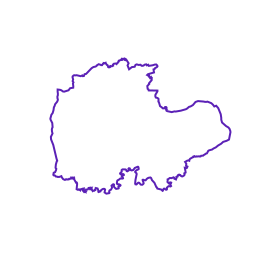 Can Loc, Ha Tinh, Vietnam, rotated 60°
{"feature_id": "81297802B44635779635670", "entity_name": "Can Loc", "entity_type": "district", "adm_level": 2, "iso_a3": "VNM", "parent_name": "Vietnam", "parent_adm1": "Ha Tinh", "projection": "robinson", "projection_center": [105.744, 18.444], "detail": "fine", "context": "isolated", "style": "outline", "palette": "violet", "viewbox_px": 256, "rotation_deg": 60, "n_neighbors": 0, "source": "geoboundaries", "source_scale": "gbopen_adm2", "svg_char_len": 5851}
<svg xmlns="http://www.w3.org/2000/svg" viewBox="0 0 256 256"><g transform="rotate(60 128 128)"><path d="M188.5,46.3L182.9,41.4L181.8,40.9L179.4,40.5L177.7,40.8L175.4,42.1L170.3,43.8L167.5,43.1L165.7,42.1L162.4,40.8L155.9,39.9L152.8,40.5L152.5,42.5L150.2,42.8L148.2,43.4L144.9,46.0L144.6,47.0L143.9,48.2L142.9,49.3L139.7,53.9L139.2,56.5L140.6,60.3L140.6,63.1L140.2,64.6L140.7,67.1L140.7,68.4L139.4,73.6L137.6,78.5L136.9,79.4L136.1,82.2L133.1,85.5L132.4,86.0L131.6,85.9L131.2,85.4L130.7,85.6L130.8,85.1L130.3,85.2L129.5,84.4L128.8,84.6L128.4,85.4L128.7,85.8L128.9,87.2L128.3,88.1L127.0,88.4L125.1,89.3L120.9,88.3L120.4,88.5L119.7,88.1L119.2,87.6L117.8,87.0L116.7,87.5L115.5,88.7L114.0,88.4L112.9,87.6L111.0,84.2L110.3,83.8L105.8,91.3L104.8,91.0L103.9,91.4L101.3,90.3L100.5,87.6L99.8,87.5L98.4,83.6L96.8,82.6L96.7,83.3L96.5,83.5L96.3,82.8L95.4,82.6L95.5,83.7L94.7,83.7L94.4,84.1L93.4,84.2L93.2,83.5L92.7,83.4L92.5,83.7L92.8,84.2L91.7,84.9L91.4,83.8L92.9,77.7L90.0,76.6L90.2,75.4L89.7,74.8L89.7,72.6L89.4,71.7L88.5,71.4L87.1,71.8L86.5,73.0L86.0,75.3L84.6,78.9L83.3,78.9L83.2,80.3L82.0,80.4L81.5,81.9L81.7,83.4L81.2,84.8L80.7,85.2L79.5,85.5L78.7,87.3L77.3,88.6L77.1,89.9L78.3,91.6L77.2,94.2L77.7,97.7L73.6,97.1L72.2,95.1L68.3,95.3L68.1,96.2L67.3,96.9L66.8,96.7L66.9,96.1L66.8,95.8L66.0,96.3L65.8,97.7L64.9,98.7L65.1,99.1L65.7,98.8L66.1,99.0L65.3,100.9L65.4,101.7L65.1,102.3L65.4,102.8L65.9,103.0L66.1,103.9L66.5,104.4L66.5,105.2L66.9,105.9L66.1,106.2L65.3,108.1L65.6,109.4L66.6,109.7L66.5,111.1L65.5,112.2L65.5,113.3L66.2,112.8L66.3,113.1L66.0,114.2L65.5,114.6L65.1,114.2L64.6,114.5L63.3,114.3L62.7,114.8L61.3,114.8L61.0,115.1L60.3,114.8L60.0,116.2L59.6,116.6L60.1,117.0L59.9,117.7L60.6,119.0L60.1,119.9L59.6,120.1L58.1,121.5L58.2,123.8L58.5,124.1L58.6,125.3L57.9,127.5L58.0,129.6L60.2,137.2L59.7,138.7L60.9,140.2L60.5,141.2L59.6,141.3L59.5,143.0L56.6,146.1L56.0,147.5L55.4,148.2L55.3,148.8L55.6,150.1L56.2,150.6L58.6,151.3L59.7,152.5L61.2,152.4L61.9,153.4L64.5,154.5L65.7,155.3L64.6,158.2L65.6,160.7L64.6,165.1L63.8,166.1L62.1,166.8L61.0,167.7L59.5,169.7L61.4,170.8L63.1,171.5L64.6,172.4L65.3,173.3L66.9,174.2L68.1,174.4L68.9,175.0L69.8,176.2L71.0,179.3L72.2,180.5L73.0,181.8L75.3,183.6L77.4,185.8L78.2,187.7L81.0,190.5L82.0,190.9L85.8,191.1L89.6,192.9L90.3,193.9L91.2,194.7L93.1,195.6L95.0,196.1L97.1,199.2L99.3,200.3L105.3,201.2L118.7,205.2L121.0,205.7L121.2,206.3L123.4,208.6L126.0,210.5L126.5,210.7L127.5,210.5L128.5,211.4L129.8,213.2L129.6,214.7L131.2,216.1L131.9,216.0L132.5,215.1L134.0,214.7L134.5,213.9L135.2,213.4L136.0,212.0L136.4,209.8L137.7,210.0L139.9,209.7L141.4,208.6L141.6,207.6L141.4,207.2L142.3,206.3L142.4,205.7L142.9,205.1L142.6,204.5L143.0,203.9L142.9,203.4L143.1,203.1L143.0,202.3L142.5,202.0L143.1,201.2L143.2,200.8L143.6,200.8L143.7,200.4L144.0,200.8L144.2,200.1L144.4,200.3L144.6,200.0L144.9,200.3L145.1,200.0L145.6,200.3L149.3,200.3L149.3,199.8L149.7,199.6L151.0,200.0L155.3,203.1L156.3,202.5L156.5,201.3L157.1,201.3L157.4,200.8L158.1,200.5L157.4,199.8L157.7,198.6L158.3,198.0L157.9,197.6L158.3,196.5L159.6,197.6L159.3,198.2L159.5,198.4L161.6,198.0L161.6,197.4L162.2,196.9L161.8,196.8L161.8,196.3L161.3,196.5L160.5,196.0L160.6,195.6L160.3,195.0L160.8,194.6L161.1,193.8L160.7,192.7L161.1,192.1L160.3,191.9L160.7,190.9L160.8,190.4L161.2,190.2L161.5,189.5L162.0,190.3L162.1,189.7L162.8,189.9L163.1,190.5L163.7,190.1L164.9,190.1L164.8,189.6L165.4,188.9L165.1,188.2L165.4,187.5L164.8,187.3L164.6,186.6L164.0,186.1L164.5,185.8L164.4,185.3L165.2,184.6L167.2,184.9L168.4,185.6L168.8,185.5L168.9,185.1L168.4,184.4L169.1,183.6L168.4,182.4L168.2,180.6L168.5,179.5L169.0,178.8L169.8,178.6L172.1,180.5L174.0,179.6L175.0,176.9L174.8,176.4L173.8,176.2L173.0,175.5L172.8,175.0L172.9,173.6L172.0,172.1L171.4,171.5L169.7,171.1L169.3,169.4L169.4,168.8L170.0,168.4L171.3,169.3L172.1,169.5L174.2,169.0L174.8,168.7L175.6,166.5L175.4,166.0L173.8,165.5L173.8,165.0L174.2,163.7L174.0,163.2L173.6,163.1L172.4,163.8L171.2,165.3L170.7,165.4L170.2,165.2L168.4,163.8L168.1,163.2L168.2,161.9L167.9,159.8L169.0,158.2L169.1,157.5L168.2,157.2L167.2,157.5L166.5,157.5L166.3,156.8L166.7,155.2L166.2,154.9L165.4,155.3L164.4,157.4L163.6,157.7L163.2,157.3L162.7,155.3L161.3,154.6L161.1,154.0L161.2,153.2L162.7,150.8L163.3,150.6L164.7,150.7L165.2,150.2L165.1,148.6L163.5,148.0L163.3,147.3L163.8,146.7L165.8,146.7L166.6,146.0L167.0,144.4L166.0,142.1L166.4,139.0L166.7,138.6L167.2,138.6L168.4,139.0L169.0,139.5L168.8,141.9L169.4,143.6L169.9,143.8L171.5,143.3L172.2,143.5L176.7,147.5L179.7,149.6L180.5,149.7L181.1,148.9L180.5,146.7L180.7,146.0L181.3,145.6L183.3,145.3L184.0,144.5L184.3,143.9L184.1,142.7L183.6,142.0L180.7,141.5L180.2,141.2L180.3,140.8L181.7,139.6L182.1,138.9L181.5,137.3L181.3,136.1L181.5,134.7L182.1,133.3L182.9,133.0L185.1,133.3L188.7,132.5L193.3,133.0L193.8,132.7L195.1,132.9L197.9,130.0L199.7,129.5L199.7,129.1L198.6,127.8L198.5,127.1L198.8,126.7L200.3,126.1L200.7,125.4L200.4,124.8L199.1,124.2L198.7,122.4L198.7,121.8L199.9,120.4L199.8,119.7L197.9,119.6L197.3,118.3L196.9,117.9L196.4,118.3L196.1,118.8L196.6,119.9L196.5,120.3L194.4,120.8L193.5,120.0L192.3,119.4L192.4,118.7L192.2,116.8L193.2,115.3L193.5,113.2L194.1,112.9L195.2,113.2L195.9,112.5L196.5,112.2L195.4,110.8L194.6,110.6L194.8,109.2L194.1,108.9L193.8,108.1L193.9,107.1L194.4,107.0L194.9,106.2L195.6,106.3L197.0,105.4L197.2,104.8L197.1,102.9L196.5,102.2L195.4,101.9L195.4,100.4L195.1,100.2L190.9,98.7L191.9,97.7L192.0,96.9L191.1,95.8L189.8,96.7L188.2,95.4L185.9,95.5L185.9,93.0L186.3,91.8L187.0,91.3L186.1,90.5L185.7,89.6L185.7,87.0L185.9,85.9L185.4,85.7L185.5,84.9L185.6,84.5L186.0,84.4L186.8,83.6L186.8,82.9L187.3,82.3L188.1,80.5L188.7,80.0L188.9,79.3L188.6,78.6L189.5,76.7L189.3,76.1L189.3,74.1L189.1,73.7L189.4,72.3L187.9,69.9L187.9,68.9L188.7,65.9L188.5,64.2L188.7,61.7L188.2,58.6L188.2,55.3L187.6,52.5L188.4,49.0L188.5,46.3Z" fill="none" stroke="#5b21b6" stroke-width="2"/></g></svg>